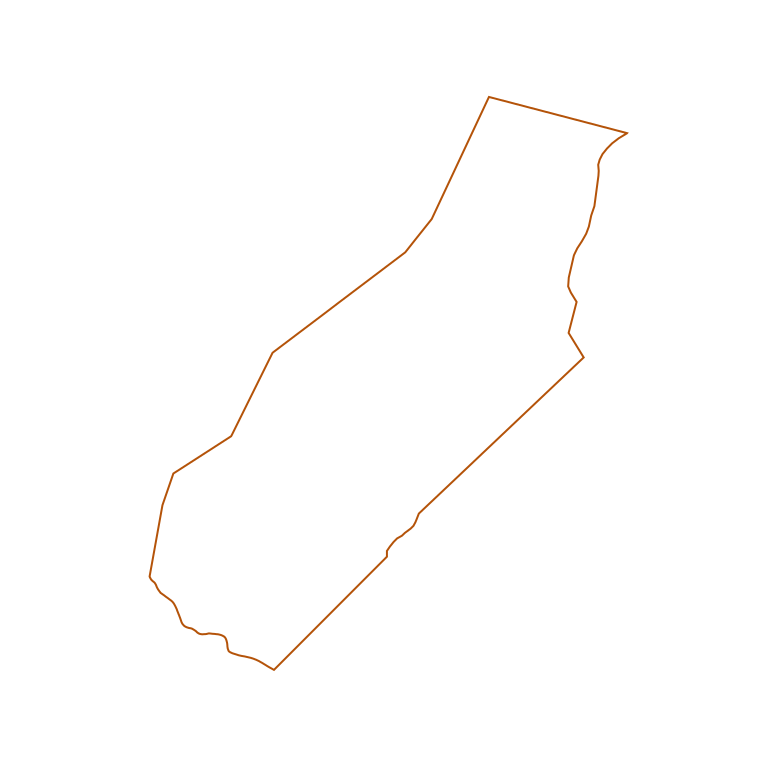 outline of Alubaren, Francisco Morazán, Honduras, rotated 283°
{"feature_id": "27666195B63650973406682", "entity_name": "Alubaren", "entity_type": "district", "adm_level": 2, "iso_a3": "HND", "parent_name": "Honduras", "parent_adm1": "Francisco Morazán", "projection": "mercator", "projection_center": [-87.513, 13.786], "detail": "fine", "context": "isolated", "style": "outline", "palette": "amber", "viewbox_px": 768, "rotation_deg": 283, "n_neighbors": 0, "source": "geoboundaries", "source_scale": "gbopen_adm2", "svg_char_len": 5059}
<svg xmlns="http://www.w3.org/2000/svg" viewBox="0 0 768 768"><g transform="rotate(283 384 384)"><path d="M683.1,564.4L687.3,421.7L555.5,393.4L532.3,382.3L517.1,375.1L452.4,321.0L440.1,310.8L396.6,274.4L389.4,268.4L300.1,247.2L298.7,246.8L249.4,198.9L216.1,195.4L156.2,198.3L143.8,198.9L143.5,199.0L143.3,199.2L143.1,199.4L142.8,199.5L142.6,199.7L142.4,199.9L142.2,200.1L141.9,200.3L141.7,200.5L141.4,200.8L141.2,201.0L140.9,201.4L140.7,201.6L140.6,201.8L140.5,202.0L140.4,202.2L140.3,202.4L140.1,202.6L140.0,202.8L139.9,203.0L139.7,203.4L139.6,203.6L139.5,203.9L139.4,204.1L139.2,204.4L139.1,204.6L139.0,204.8L138.9,205.0L138.7,205.3L138.5,205.5L138.4,205.6L138.2,205.8L137.9,206.1L137.6,206.4L137.5,206.5L137.3,206.7L137.2,206.8L136.8,207.1L136.7,207.2L136.5,207.3L136.3,207.4L136.1,207.6L135.8,207.8L135.6,207.9L135.3,208.1L135.1,208.3L134.8,208.5L134.6,208.7L134.3,208.9L134.1,209.1L133.9,209.3L133.7,209.5L133.4,209.7L133.0,210.1L132.3,210.9L131.5,211.8L130.6,212.9L130.5,213.0L130.4,213.1L130.2,213.3L129.8,214.4L129.4,215.3L128.6,217.3L127.7,219.2L126.9,221.2L126.0,223.2L125.6,224.1L125.2,225.1L125.1,225.3L125.0,225.5L124.9,225.6L124.8,225.8L124.7,226.0L124.5,226.4L124.4,226.6L124.2,226.9L124.0,227.1L123.9,227.3L123.7,227.5L123.5,227.8L123.3,228.0L123.2,228.2L123.0,228.4L122.8,228.6L122.6,228.8L122.4,229.0L122.2,229.2L122.0,229.4L121.8,229.6L121.6,229.7L121.4,229.9L120.5,230.7L119.1,231.8L118.6,232.2L118.1,232.6L117.3,233.1L116.2,233.8L115.1,234.6L114.5,235.0L113.9,235.4L113.3,235.8L112.7,236.3L111.7,236.9L110.7,237.6L110.3,237.9L109.9,238.1L109.5,238.4L109.1,238.6L108.2,239.2L106.7,240.1L106.4,240.3L106.2,240.5L105.9,240.7L105.7,240.9L105.6,241.0L105.3,241.2L105.2,241.3L105.0,241.5L104.9,241.6L104.8,241.8L104.7,241.9L104.6,242.0L104.4,242.3L104.2,242.6L104.0,242.8L103.9,243.0L103.7,243.2L103.6,243.4L103.5,243.7L103.4,243.9L103.2,244.1L103.2,244.3L103.1,244.6L103.0,244.8L102.9,245.0L102.9,245.3L102.8,245.5L102.7,245.8L102.7,246.1L102.6,246.3L102.6,246.6L102.6,246.9L102.5,247.1L102.5,247.4L102.5,247.7L102.5,248.0L102.4,248.2L102.4,248.5L102.4,248.9L102.4,249.1L102.4,249.4L102.5,249.6L102.5,249.8L102.5,250.0L102.5,250.3L102.5,250.5L102.5,250.8L102.5,251.0L102.5,251.4L102.4,251.5L102.4,251.9L102.4,252.1L102.3,252.4L102.2,252.6L102.2,252.8L102.0,253.2L101.9,253.6L101.8,254.0L101.6,254.4L101.5,254.8L101.2,255.5L101.1,255.9L101.0,256.0L100.9,256.2L100.8,256.3L100.8,256.5L100.7,256.7L100.6,256.8L100.5,257.0L100.4,257.2L100.3,257.3L100.2,257.4L100.1,257.5L100.0,257.8L99.9,257.9L99.9,258.0L99.8,258.3L99.7,258.4L99.6,258.6L99.5,258.9L99.5,259.0L99.4,259.2L99.4,259.3L99.3,259.5L99.3,259.8L99.2,259.9L99.2,260.1L99.1,260.4L99.1,260.6L99.1,260.9L99.1,261.1L99.1,261.3L99.1,261.5L99.1,261.8L99.1,262.1L99.1,262.3L99.2,262.6L99.2,262.9L99.2,263.1L99.3,263.3L99.4,263.8L99.6,264.3L99.7,264.8L99.9,265.3L100.1,266.2L100.2,266.5L100.3,266.7L100.4,267.0L100.5,267.3L100.6,267.5L100.8,267.8L100.9,268.1L101.0,268.3L101.3,268.8L101.4,269.0L101.5,269.3L101.6,269.5L101.6,269.8L101.7,270.0L101.8,270.9L101.9,271.7L102.0,272.9L102.2,274.1L102.4,275.3L102.5,276.5L102.6,277.3L102.7,278.1L102.8,278.3L102.8,278.5L102.8,278.8L102.8,279.1L102.8,279.9L102.8,280.6L102.7,281.6L102.7,281.8L102.7,282.1L102.6,282.4L102.6,282.5L102.5,282.9L102.5,283.1L102.4,283.3L102.4,283.6L102.3,283.8L102.2,284.1L102.1,284.4L102.1,284.6L101.9,284.9L101.9,285.1L101.8,285.3L101.7,285.4L101.6,285.6L101.5,285.8L101.4,285.9L101.3,286.1L101.1,286.3L100.8,286.6L100.7,286.7L100.5,286.9L100.4,287.0L100.1,287.2L100.0,287.3L99.8,287.5L99.6,287.6L99.3,287.8L99.1,287.9L99.0,288.0L98.8,288.1L98.5,288.3L98.1,288.5L97.6,288.7L97.2,289.0L96.7,289.2L96.3,289.4L95.8,289.6L95.5,289.7L95.2,289.8L94.9,289.9L94.6,290.0L94.4,290.1L94.0,290.2L93.6,290.3L93.3,290.4L93.0,290.5L92.7,290.6L92.4,290.7L92.0,290.9L91.8,291.0L91.6,291.1L91.4,291.1L91.2,291.2L91.0,291.3L90.8,291.4L90.6,291.6L90.3,291.8L90.1,291.9L89.9,292.0L89.7,292.1L89.5,292.3L89.3,292.4L89.2,292.5L88.9,292.7L88.8,292.8L88.7,293.0L88.5,293.3L88.4,293.5L88.3,293.9L88.2,294.1L88.1,294.3L88.0,294.6L87.9,294.9L87.9,295.3L87.8,295.7L87.7,296.1L87.6,296.5L87.5,297.3L87.3,300.0L87.1,302.6L87.0,303.0L87.0,303.4L87.0,303.8L87.0,304.1L87.0,304.6L87.0,306.1L87.1,307.9L87.2,309.3L87.2,311.1L87.2,312.4L87.2,313.7L87.2,314.4L87.2,315.2L87.2,315.7L87.2,316.1L87.1,316.6L87.1,317.3L87.0,318.2L86.9,319.1L86.7,320.2L86.6,321.2L86.2,323.0L86.1,323.5L86.0,324.1L85.7,325.1L85.3,326.3L85.0,327.5L84.7,328.4L84.4,329.3L84.3,329.6L84.2,329.8L83.9,330.8L83.6,331.7L83.0,333.4L82.2,335.9L81.5,338.4L80.7,341.1L216.4,425.7L222.0,424.4L226.9,426.3L232.1,428.8L236.5,431.5L240.2,435.6L243.7,437.9L249.1,442.5L252.4,444.6L256.4,445.7L259.4,446.2L265.6,447.1L317.4,481.5L339.0,495.8L454.8,572.6L475.3,552.4L507.3,553.2L515.1,545.5L520.5,541.5L529.3,540.1L541.0,540.1L552.1,540.1L554.0,540.5L559.7,541.8L567.6,544.7L575.9,547.2L583.5,548.2L594.8,548.0L604.6,549.0L635.1,546.1L639.9,545.3L645.8,543.4L651.2,543.7L657.2,545.2L663.6,548.3L669.9,552.2L676.3,557.5L682.9,564.3L683.1,564.4Z" fill="none" stroke="#b45309" stroke-width="2"/></g></svg>